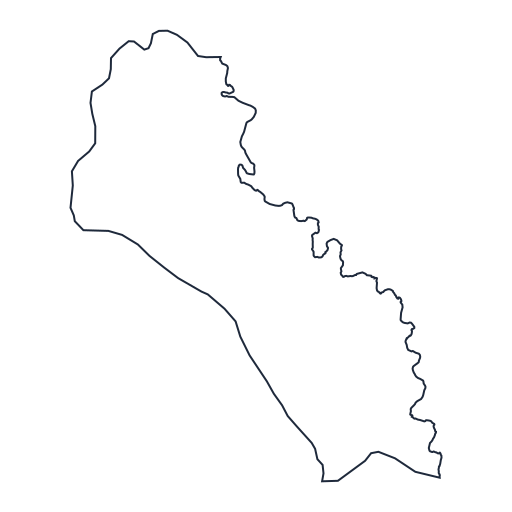 Montes, Canelones, Uruguay
{"feature_id": "84410073B70597198531673", "entity_name": "Montes", "entity_type": "district", "adm_level": 2, "iso_a3": "URY", "parent_name": "Uruguay", "parent_adm1": "Canelones", "projection": "natural_earth1", "projection_center": [-55.521, -34.52], "detail": "fine", "context": "isolated", "style": "outline", "palette": "slate", "viewbox_px": 512, "rotation_deg": 0, "n_neighbors": 0, "source": "geoboundaries", "source_scale": "gbopen_adm2", "svg_char_len": 6050}
<svg xmlns="http://www.w3.org/2000/svg" viewBox="0 0 512 512"><path d="M439.7,477.7L439.6,475.9L439.8,475.4L439.6,474.3L439.2,474.0L438.7,472.9L438.8,471.4L438.5,469.3L438.9,467.8L438.9,466.8L439.1,466.3L439.5,466.1L440.2,463.8L440.8,460.1L441.5,457.7L441.4,455.6L440.8,454.8L440.5,453.5L439.9,452.7L439.6,452.7L438.9,453.4L438.4,453.4L437.7,453.3L436.4,452.4L435.5,452.3L434.0,451.6L433.5,451.5L432.6,452.0L432.0,452.0L430.1,451.3L429.6,450.8L429.3,450.0L428.8,448.0L430.0,443.0L431.5,441.5L432.4,440.2L433.1,438.6L434.0,437.4L435.0,434.8L435.0,434.2L435.8,432.9L436.0,432.1L436.0,431.8L435.5,431.7L435.2,431.1L434.9,429.6L434.2,428.4L433.6,426.7L433.7,425.6L434.4,424.7L434.2,423.9L432.3,422.8L431.2,421.3L430.2,420.8L428.2,420.4L426.2,420.2L425.8,420.4L425.3,421.1L424.3,421.4L420.1,420.0L417.9,419.6L415.5,418.5L414.7,418.7L414.1,418.5L412.8,417.3L411.8,416.8L412.4,415.8L412.2,415.3L410.5,414.8L410.2,414.3L410.9,411.2L410.7,409.1L411.3,407.9L414.0,405.2L414.9,404.2L415.6,402.7L416.2,402.1L417.2,401.2L421.1,399.0L422.6,396.8L423.2,395.1L424.3,390.2L425.3,388.3L425.5,386.8L425.1,385.7L423.7,383.6L423.4,381.4L423.1,380.6L420.2,378.9L418.0,378.0L416.2,376.6L415.2,375.1L414.6,373.8L413.8,372.6L412.9,370.2L412.6,368.6L413.0,366.9L413.6,366.1L418.3,362.6L418.8,361.9L418.9,360.7L420.1,357.8L420.2,356.3L419.8,354.8L418.8,353.7L415.6,352.7L413.0,351.1L412.7,351.0L411.5,351.4L408.2,349.9L407.2,347.8L406.7,344.9L405.5,341.9L405.7,340.6L406.7,338.3L407.1,338.4L407.3,337.9L408.4,337.1L409.2,336.1L409.7,335.7L410.0,335.9L410.5,335.7L410.8,335.4L411.5,334.2L411.8,332.9L412.0,331.0L411.5,330.3L411.5,329.8L411.9,329.1L413.2,328.8L414.3,328.0L414.3,326.8L411.9,323.6L411.0,322.7L409.7,322.5L407.7,323.4L404.4,322.9L402.7,322.2L400.8,320.4L400.6,319.5L401.1,312.8L402.6,307.3L402.3,304.6L400.8,302.7L400.6,302.1L400.7,301.7L401.3,301.4L401.4,300.9L401.0,299.4L399.9,297.8L398.9,297.4L398.3,297.5L398.1,297.7L398.3,298.2L398.1,298.7L397.4,298.5L396.3,297.0L395.8,295.5L395.0,294.9L394.2,293.2L393.2,292.1L392.9,291.0L391.1,289.8L389.8,289.3L388.0,289.2L384.9,290.3L383.8,291.3L383.3,292.0L381.1,292.7L381.0,293.4L380.6,293.6L380.1,293.4L378.7,291.8L377.7,291.4L377.0,290.3L376.6,288.1L377.0,282.7L376.4,281.1L377.0,278.3L376.7,278.0L375.5,277.9L374.4,278.4L374.2,277.4L373.4,277.0L372.5,277.2L371.6,276.9L371.4,275.9L371.1,275.7L366.8,275.2L366.1,274.3L365.1,273.6L362.4,272.4L356.9,273.9L356.6,274.1L356.1,275.0L355.1,275.0L352.8,276.1L351.7,276.2L350.6,276.0L347.8,276.4L346.3,275.9L344.9,276.1L343.7,276.9L343.2,276.9L342.8,276.6L342.6,276.1L341.1,274.6L340.7,272.8L341.4,271.4L340.9,269.0L340.9,268.1L342.9,265.3L343.1,262.2L342.9,261.4L342.5,260.9L341.6,260.4L340.7,259.1L340.3,257.8L340.0,256.1L340.7,254.4L340.5,252.6L340.6,252.1L341.5,250.4L341.1,249.1L341.2,246.8L341.9,245.5L341.9,245.1L339.9,243.6L337.1,240.3L333.7,238.9L330.5,240.1L327.6,241.8L327.1,242.4L326.6,243.7L326.9,245.9L327.1,246.6L327.9,247.5L328.0,248.2L327.5,250.1L326.0,251.8L325.5,251.9L325.3,252.3L325.4,253.3L323.8,254.3L323.1,255.0L322.6,256.2L322.1,256.8L321.0,257.4L318.8,257.5L317.4,256.9L315.1,257.2L314.7,256.9L313.8,255.9L313.6,255.3L313.6,252.1L313.5,251.5L312.0,249.3L312.0,248.9L312.7,247.9L312.8,247.4L312.7,244.0L312.8,241.6L312.6,240.0L312.7,238.4L312.0,236.0L312.1,235.2L312.5,234.8L315.4,232.7L316.9,233.2L318.2,232.4L318.5,231.9L319.0,229.9L318.6,229.1L318.7,226.7L317.9,224.8L317.9,223.1L318.6,222.5L318.4,221.2L318.1,220.6L316.6,219.4L314.9,218.7L313.1,218.4L311.4,217.7L309.0,217.5L307.5,217.6L307.1,217.9L306.7,219.5L304.9,221.0L304.2,221.1L303.5,220.7L301.6,221.1L299.1,221.0L297.8,220.5L297.1,219.8L296.6,218.4L296.3,218.0L295.2,217.6L294.6,216.7L294.3,215.7L293.5,210.0L293.6,209.4L294.0,209.1L294.0,208.0L293.6,207.3L292.6,204.7L292.1,203.7L291.5,203.4L287.4,202.3L285.2,202.8L283.2,203.7L282.0,205.1L280.4,205.7L278.8,205.9L275.3,205.5L269.7,204.0L265.3,201.5L264.8,201.0L264.5,199.7L264.5,198.4L264.7,197.1L264.6,196.4L263.8,195.3L263.4,194.6L260.2,191.9L259.1,191.3L257.6,189.9L257.2,189.9L256.7,190.5L256.1,190.7L255.0,190.3L254.3,189.8L252.2,187.6L251.4,186.4L250.9,186.0L248.2,184.6L246.1,183.9L244.2,182.7L241.7,182.8L241.1,182.5L240.7,181.9L240.3,178.9L238.3,175.5L238.1,174.0L238.0,169.4L238.2,167.5L238.7,166.7L238.8,165.7L239.6,164.7L240.9,164.6L241.8,165.0L242.4,165.6L243.1,167.9L244.9,169.8L245.9,171.4L246.6,172.9L247.0,173.3L249.3,174.0L253.5,174.5L253.9,174.4L254.4,173.3L254.5,171.5L254.1,167.8L254.4,165.7L254.2,164.7L253.1,163.6L251.6,163.0L250.9,162.5L250.4,161.7L246.3,154.5L245.4,152.7L245.0,150.8L244.4,149.7L242.1,147.4L241.4,146.5L240.8,144.9L240.3,142.0L241.9,136.3L243.2,133.8L244.1,131.7L246.4,123.1L246.9,122.3L247.8,121.7L250.7,120.2L251.8,119.3L253.8,116.9L255.7,112.9L255.8,110.4L255.1,108.6L252.8,106.9L250.4,105.6L249.0,105.2L242.7,102.8L239.6,101.3L238.4,100.7L234.4,97.2L232.5,96.9L228.5,96.8L226.7,96.0L225.7,96.4L224.4,96.4L222.8,95.9L222.1,95.2L221.7,94.4L221.6,93.5L221.7,92.8L222.3,92.3L223.0,92.0L224.0,92.0L225.8,92.5L227.5,92.7L228.4,93.4L229.6,93.5L233.2,91.8L233.5,91.4L233.7,90.0L232.5,87.4L232.0,86.7L230.6,85.8L230.0,85.0L229.2,84.8L228.4,85.9L228.0,85.9L227.3,84.8L226.7,84.6L226.3,84.1L225.8,81.4L225.8,78.4L227.2,73.0L227.3,71.2L227.9,68.3L227.8,67.4L227.3,66.1L226.7,65.6L225.9,65.0L222.3,63.6L221.7,62.6L221.0,61.1L220.2,60.4L220.1,58.6L220.7,57.0L206.1,57.2L198.0,56.0L187.4,42.5L176.9,34.8L167.5,30.7L158.9,30.9L152.8,34.0L150.9,43.3L148.5,48.2L144.3,49.6L134.0,41.5L128.7,41.2L119.5,48.6L111.0,58.1L110.8,69.2L109.0,78.3L102.4,84.6L91.9,91.5L90.5,102.9L92.3,113.8L95.3,126.2L95.2,143.3L89.2,151.5L78.1,160.9L71.9,171.3L72.8,185.5L70.5,207.8L73.8,215.4L74.8,221.2L83.4,230.2L108.4,230.9L122.1,234.9L137.9,244.5L149.5,255.9L164.2,267.6L178.1,278.1L201.5,291.6L207.8,294.4L224.5,308.7L235.6,321.4L240.3,336.6L249.6,355.4L266.9,381.4L273.8,393.7L282.1,405.3L287.7,416.0L296.9,426.5L311.7,442.9L315.1,448.8L317.4,459.2L322.6,464.9L323.5,473.4L322.1,481.3L337.9,480.8L365.1,460.8L371.1,453.2L378.4,451.8L395.0,458.3L415.3,471.8L439.7,477.7Z" fill="none" stroke="#1e293b" stroke-width="2"/></svg>